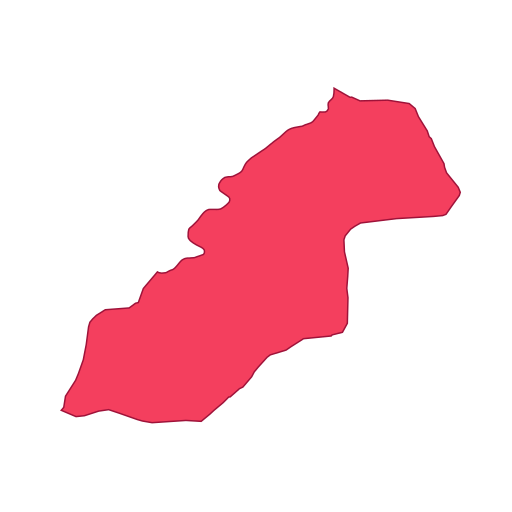 the district of Amatitlán, Guatemala, rotated 264°
{"feature_id": "79465075B1608091480167", "entity_name": "Amatitlán", "entity_type": "district", "adm_level": 2, "iso_a3": "GTM", "parent_name": "Guatemala", "parent_adm1": "", "projection": "natural_earth1", "projection_center": [-90.597, 14.456], "detail": "fine", "context": "isolated", "style": "filled", "palette": "rose", "viewbox_px": 512, "rotation_deg": 264, "n_neighbors": 0, "source": "geoboundaries", "source_scale": "gbopen_adm2", "svg_char_len": 2757}
<svg xmlns="http://www.w3.org/2000/svg" viewBox="0 0 512 512"><g transform="rotate(264 256 256)"><path d="M250.5,156.3L235.5,140.6L222.0,134.1L221.6,131.2L217.6,124.4L218.3,100.5L213.7,91.1L210.5,87.0L207.5,83.9L203.1,82.1L185.6,77.9L170.8,73.4L157.6,67.1L151.2,63.6L136.5,51.9L125.6,49.0L124.1,47.5L122.9,46.2L115.1,60.2L115.1,68.7L118.2,83.4L118.6,93.4L114.0,103.5L105.8,120.8L103.8,125.7L101.1,135.2L99.8,169.1L97.3,184.2L103.7,193.8L107.0,198.2L113.6,208.0L118.6,214.1L118.6,215.6L125.8,225.7L127.0,229.2L130.6,233.0L136.4,239.1L140.9,242.1L145.2,246.5L154.1,256.4L156.2,259.9L159.3,276.1L162.0,281.0L163.4,283.8L168.8,294.6L168.6,322.4L169.6,323.5L171.1,334.0L179.5,339.8L204.9,343.1L214.3,342.9L225.6,345.0L234.2,346.4L250.9,344.4L262.9,345.1L266.7,346.8L272.8,352.9L275.3,357.5L277.9,363.4L278.5,399.7L276.8,436.7L276.7,445.9L277.6,449.3L284.9,455.6L294.9,464.5L298.0,465.8L303.2,464.3L318.8,454.2L324.5,452.8L328.2,452.6L346.1,444.9L354.4,442.6L356.5,440.7L362.5,439.4L377.6,432.1L386.0,429.7L391.6,424.3L397.2,403.3L399.4,375.7L404.0,367.8L404.0,366.1L414.7,351.2L412.2,350.9L409.6,350.5L408.0,350.0L406.6,349.7L405.0,348.7L403.5,346.9L402.3,345.3L400.7,343.9L398.8,343.5L396.9,343.5L394.7,343.4L392.7,341.7L392.0,340.1L392.2,337.2L392.6,334.6L391.2,333.4L389.7,332.6L388.7,331.6L387.5,330.4L386.1,329.0L384.8,327.7L383.7,326.5L382.7,324.6L382.3,323.1L382.0,321.7L381.6,320.2L381.4,318.9L380.7,316.9L380.2,315.4L380.2,314.0L379.7,307.5L379.2,304.6L378.5,302.4L377.7,300.6L376.5,298.7L375.0,296.7L371.4,291.8L370.0,289.3L368.2,286.2L365.5,282.0L362.3,277.2L361.2,275.3L360.0,272.9L354.1,261.7L351.8,258.5L350.2,256.5L348.3,254.9L345.7,253.2L343.6,252.0L342.1,250.9L340.9,249.4L340.2,248.1L339.5,246.4L338.4,243.5L337.6,241.2L337.5,238.9L337.7,237.0L337.6,235.2L337.4,233.2L336.3,231.2L335.3,229.8L334.1,228.6L332.5,227.4L331.3,226.6L329.2,226.1L328.0,226.1L326.8,226.3L324.9,226.9L323.6,228.2L322.4,229.6L318.4,234.2L317.3,235.3L315.8,235.9L314.0,235.7L312.5,235.0L311.4,233.8L309.9,231.9L307.8,228.6L306.5,225.8L306.3,223.8L306.4,221.9L306.6,220.3L307.1,215.7L307.2,213.9L306.7,212.1L306.1,210.8L305.0,209.1L303.7,207.6L301.3,205.2L297.8,202.1L295.9,199.9L292.7,195.9L290.9,193.2L289.7,192.0L288.1,191.5L286.7,191.1L284.6,190.8L282.5,190.5L280.7,190.7L279.1,191.6L278.1,192.3L277.1,193.3L275.6,194.9L273.3,197.9L270.3,202.6L268.9,204.2L267.4,205.2L265.6,205.2L264.1,204.8L263.0,203.8L262.5,201.7L262.1,200.2L261.5,197.4L260.8,194.7L260.8,193.2L260.9,191.3L260.9,189.7L261.1,187.6L261.0,185.9L260.8,184.6L259.8,182.1L258.6,180.5L257.3,179.1L254.8,176.6L253.0,174.6L252.0,173.3L251.2,171.8L250.7,169.5L249.9,167.3L249.2,165.8L248.8,164.5L248.8,162.5L248.8,160.4L249.6,157.6L250.5,156.3Z" fill="#f43f5e" stroke="#9f1239" stroke-width="1.5"/></g></svg>